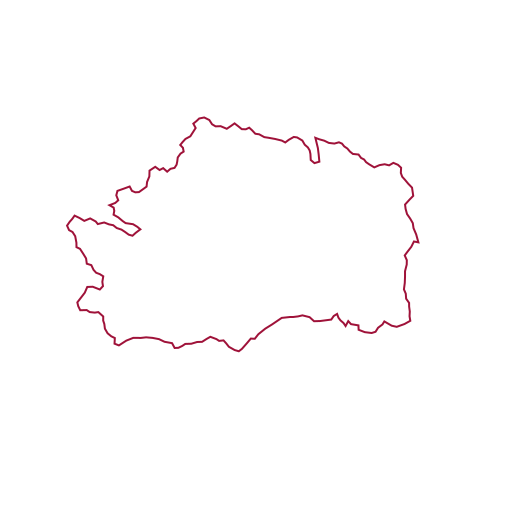 outline of Cajati, São Paulo, Brazil, rotated 48°
{"feature_id": "56859067B27281882546781", "entity_name": "Cajati", "entity_type": "district", "adm_level": 2, "iso_a3": "BRA", "parent_name": "Brazil", "parent_adm1": "São Paulo", "projection": "orthographic", "projection_center": [-48.207, -24.777], "detail": "fine", "context": "isolated", "style": "outline", "palette": "rose", "viewbox_px": 512, "rotation_deg": 48, "n_neighbors": 0, "source": "geoboundaries", "source_scale": "gbopen_adm2", "svg_char_len": 3130}
<svg xmlns="http://www.w3.org/2000/svg" viewBox="0 0 512 512"><g transform="rotate(48 256 256)"><path d="M226.5,419.8L230.7,417.7L232.1,409.0L234.7,402.0L239.9,396.3L242.9,392.1L247.6,387.7L252.9,383.7L258.5,381.4L264.6,376.7L269.9,378.0L272.3,375.1L273.5,370.9L274.0,367.4L277.9,362.8L280.5,357.3L283.7,353.5L284.6,348.1L285.5,344.0L291.3,341.0L294.4,340.2L297.0,336.6L301.0,336.6L305.3,336.9L311.6,334.8L315.3,332.5L315.6,328.6L314.7,320.9L313.9,315.1L316.7,312.3L315.7,306.6L316.2,297.7L317.6,289.9L319.2,278.3L323.9,271.8L326.2,269.2L329.0,265.2L331.2,261.2L337.3,257.1L343.3,256.5L347.2,251.9L353.6,242.6L352.6,238.4L353.3,234.5L357.0,236.0L360.3,236.3L364.4,235.8L368.0,236.3L366.1,231.0L370.2,231.0L376.1,226.3L379.5,229.1L385.4,226.1L390.6,221.6L392.3,217.9L391.0,213.3L391.5,207.8L390.5,204.4L394.9,203.0L398.6,201.8L402.8,198.8L405.9,191.2L407.4,184.7L403.5,182.2L400.2,178.9L396.0,176.0L393.3,173.6L388.2,173.0L384.2,169.9L379.8,168.4L375.6,163.5L371.2,159.2L367.0,155.4L363.2,149.7L360.0,146.7L355.1,145.1L354.2,140.7L353.1,134.5L350.9,128.9L354.5,126.2L347.1,122.5L340.7,120.3L336.5,117.5L331.4,116.4L325.9,115.7L321.1,113.3L317.5,110.8L316.8,103.8L316.5,98.9L309.6,94.3L304.2,94.5L298.8,94.3L294.9,94.3L291.2,92.8L287.5,89.1L283.2,89.5L278.7,91.6L277.7,96.4L273.9,99.0L271.1,103.4L269.3,108.8L263.4,110.6L259.9,111.4L256.6,111.1L253.4,112.3L249.2,111.9L245.0,115.7L241.3,116.3L237.2,116.2L233.6,117.1L230.0,116.9L227.0,118.3L224.9,122.5L220.7,126.2L216.0,128.1L211.4,131.0L207.9,132.8L217.2,137.8L222.5,141.5L228.3,145.8L226.1,150.4L221.3,151.1L216.6,147.3L213.5,145.5L210.0,144.8L205.9,145.3L201.2,144.3L195.4,146.1L192.8,148.3L191.6,153.8L191.2,158.3L187.5,159.6L181.8,163.5L176.5,167.6L173.2,170.3L167.7,172.2L164.7,174.7L159.8,174.8L156.1,175.2L155.0,178.8L152.2,181.7L148.1,182.3L143.1,183.2L142.6,187.7L141.9,192.6L135.9,195.4L132.6,199.3L128.7,200.5L123.7,199.7L118.4,201.8L115.8,206.2L115.9,209.9L115.7,214.0L120.5,215.2L123.1,224.7L121.8,230.1L122.2,234.3L122.8,238.0L126.7,237.9L130.0,239.9L129.4,243.6L130.4,248.2L133.0,251.2L135.0,253.9L136.0,257.6L134.0,261.2L133.9,265.6L128.6,266.2L127.6,270.1L122.3,271.2L121.3,278.0L125.5,282.0L128.1,287.4L131.2,290.9L130.8,294.8L130.2,300.2L127.9,303.1L124.6,304.6L119.8,303.4L117.6,308.9L114.9,315.4L117.4,319.2L122.4,321.1L122.4,325.1L120.2,330.9L124.8,329.4L127.6,331.1L130.0,334.2L135.1,332.5L140.8,331.7L144.3,330.9L150.1,326.1L154.8,324.7L158.8,324.1L158.3,329.7L158.3,334.2L155.0,336.3L150.6,337.2L146.4,338.3L142.0,340.8L137.6,341.5L134.1,344.1L129.5,346.4L126.4,352.2L123.1,352.0L117.1,354.1L115.0,360.1L109.7,361.7L104.6,363.8L105.5,367.8L105.9,371.5L107.0,376.1L111.7,377.6L115.4,376.3L120.3,377.1L126.0,380.6L129.3,383.5L132.9,382.0L138.7,382.9L144.1,383.9L148.5,386.9L152.6,384.5L157.6,386.0L161.5,386.0L165.0,384.2L168.9,383.1L172.4,387.5L176.0,389.9L176.4,394.5L169.6,397.9L166.1,402.1L168.7,407.8L169.7,413.2L170.9,419.8L174.4,421.7L178.7,422.9L182.9,418.0L186.4,417.1L190.2,413.7L192.2,410.7L198.7,410.0L201.8,412.8L205.0,414.2L208.9,416.9L214.1,418.0L218.8,417.3L222.5,415.8L226.5,419.8Z" fill="none" stroke="#9f1239" stroke-width="2"/></g></svg>